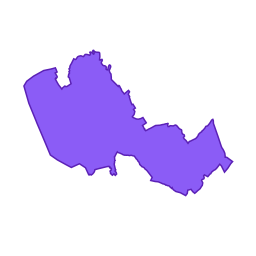 Onicha, Ebonyi, Nigeria, rotated 336°
{"feature_id": "59680162B38335311272259", "entity_name": "Onicha", "entity_type": "district", "adm_level": 2, "iso_a3": "NGA", "parent_name": "Nigeria", "parent_adm1": "Ebonyi", "projection": "natural_earth1", "projection_center": [7.874, 6.105], "detail": "fine", "context": "isolated", "style": "filled", "palette": "violet", "viewbox_px": 256, "rotation_deg": 336, "n_neighbors": 0, "source": "geoboundaries", "source_scale": "gbopen_adm2", "svg_char_len": 5295}
<svg xmlns="http://www.w3.org/2000/svg" viewBox="0 0 256 256"><g transform="rotate(336 128 128)"><path d="M46.1,121.1L50.5,128.4L56.5,136.3L60.2,141.0L69.1,140.9L73.0,147.0L73.1,154.8L73.4,155.0L73.5,154.8L74.2,155.1L74.9,155.6L74.9,155.4L75.0,155.5L75.3,155.7L75.7,155.9L76.2,155.8L76.8,155.7L78.3,155.0L79.0,154.6L80.0,153.7L80.8,152.6L84.2,153.1L93.0,154.7L93.3,154.8L94.6,155.1L94.8,155.3L95.1,155.4L95.4,155.6L95.6,156.0L95.3,156.3L95.1,156.5L95.1,156.8L95.7,156.9L95.9,157.3L95.6,157.5L96.0,158.2L96.2,158.3L96.2,158.6L95.8,158.9L95.4,159.7L94.5,159.9L94.1,160.0L94.0,160.4L93.9,161.2L93.9,162.4L93.6,162.5L94.1,164.0L94.5,164.6L94.6,164.8L96.5,164.1L97.1,166.1L97.4,166.0L98.9,165.4L98.9,165.1L99.0,164.6L99.1,164.2L99.1,163.6L98.7,162.0L99.2,161.7L99.8,161.3L99.6,160.7L100.7,155.3L101.6,154.3L101.9,153.4L102.5,152.7L103.1,152.3L102.9,151.8L103.1,151.1L103.7,149.7L103.8,148.9L104.0,148.7L104.4,148.7L105.8,147.5L107.6,146.1L108.5,145.5L108.6,145.9L108.8,146.2L110.2,147.5L111.7,149.1L112.7,150.5L113.8,151.4L115.2,152.1L116.8,152.8L118.3,153.9L119.7,154.1L121.1,155.3L122.3,156.2L122.8,158.3L122.9,159.4L123.3,160.2L123.6,161.3L123.6,162.2L123.8,162.8L123.9,163.1L124.1,163.5L124.1,164.3L124.1,164.7L124.1,165.0L124.0,165.3L124.0,165.9L123.9,166.2L124.2,166.7L124.3,167.4L124.7,167.9L125.0,169.1L125.5,169.4L125.9,170.0L126.6,170.8L126.8,172.2L127.5,173.5L128.0,174.6L130.0,182.9L127.4,185.2L131.0,187.9L133.8,189.5L136.3,192.2L137.0,193.1L137.9,193.7L138.9,194.7L139.2,195.5L139.9,195.8L140.6,196.7L141.5,197.2L142.2,198.0L142.5,199.2L143.4,201.0L144.0,200.6L144.0,201.6L144.5,203.2L145.9,205.5L149.5,208.4L153.2,213.2L155.5,211.9L156.4,210.5L157.3,209.1L160.7,209.7L161.2,212.4L162.4,214.8L164.2,214.3L166.1,213.6L169.2,212.8L171.5,211.2L172.5,210.7L174.0,208.5L173.9,205.8L174.7,205.2L176.5,205.3L177.3,204.6L177.7,202.4L178.7,201.9L181.1,204.9L184.2,203.4L185.0,203.4L186.5,202.3L189.0,201.6L190.9,201.5L192.9,200.7L197.1,198.4L197.5,199.4L197.9,200.6L198.2,207.6L202.7,205.4L207.3,202.4L209.9,201.2L207.5,197.0L206.5,195.2L205.9,194.7L205.4,194.5L204.9,194.2L205.3,193.3L205.5,192.6L205.7,191.9L206.1,190.7L206.2,189.7L206.2,187.6L206.1,186.4L205.7,183.9L205.8,182.2L206.7,173.1L207.6,162.3L207.9,158.6L209.0,155.8L209.0,154.6L207.6,154.8L205.8,156.1L204.4,157.0L202.1,158.2L201.7,158.4L199.7,158.2L198.3,159.3L196.0,160.4L194.2,160.9L193.8,161.4L192.2,161.6L189.8,162.5L189.1,163.4L187.0,164.6L185.4,165.2L184.1,165.2L181.3,165.3L179.4,165.4L178.6,165.2L176.6,166.4L175.9,163.0L174.9,160.8L174.7,159.5L175.1,159.0L176.2,158.6L176.5,157.7L176.5,157.0L175.5,155.8L175.3,154.8L175.6,153.1L176.0,152.3L176.1,151.4L174.6,149.5L173.4,145.4L172.4,144.5L170.2,144.5L167.4,143.0L166.3,143.4L165.2,143.0L165.3,141.7L166.4,140.2L166.0,139.9L165.3,139.9L165.0,139.8L164.5,139.6L163.3,139.4L162.4,139.3L160.6,138.8L159.7,138.7L158.8,138.5L157.5,138.2L156.7,137.8L155.4,137.4L154.8,137.1L154.0,136.9L153.7,137.0L152.9,137.0L151.7,137.1L150.9,137.2L150.0,137.3L149.5,137.3L148.4,137.4L147.4,137.4L146.1,137.4L145.4,137.6L144.7,137.6L143.9,137.6L143.1,137.7L142.9,137.4L143.0,137.1L142.9,136.8L142.7,136.7L142.7,136.3L142.5,135.9L142.9,135.5L142.5,134.7L142.5,133.1L142.3,131.6L146.4,130.8L146.8,130.7L146.7,129.8L146.4,128.1L145.9,124.5L145.0,124.5L144.2,124.6L143.6,124.6L141.1,124.2L139.5,123.3L138.7,122.5L137.5,121.1L137.1,120.7L136.7,120.1L136.5,119.6L137.3,119.1L138.4,118.5L138.9,118.2L139.3,117.9L141.0,115.6L140.6,113.2L141.8,113.0L142.8,112.8L142.2,108.3L141.2,108.3L141.1,106.9L141.2,105.2L141.4,103.8L141.5,102.7L141.8,100.2L142.3,99.9L141.9,97.5L142.8,96.5L144.1,95.6L143.8,93.9L143.1,94.0L138.4,95.4L138.3,94.7L137.7,92.5L137.4,91.2L137.6,90.2L137.6,89.5L137.4,88.9L137.4,87.6L137.3,86.1L137.0,85.5L136.0,86.1L132.9,77.9L132.7,77.5L132.6,77.1L132.6,76.6L133.4,74.8L133.9,73.2L134.4,71.8L134.0,69.9L134.1,68.9L134.2,67.8L135.0,67.2L137.1,65.1L137.4,63.7L136.8,62.9L136.2,63.0L135.1,64.0L134.2,65.1L133.3,66.5L132.6,66.5L131.9,65.4L132.9,63.5L132.8,62.7L132.5,62.2L131.9,61.6L131.2,61.2L130.5,60.4L130.3,59.2L130.1,58.6L130.0,58.1L130.2,57.5L130.6,56.9L131.5,56.3L132.2,55.5L132.2,55.2L132.1,54.7L131.1,54.6L130.3,54.7L129.7,54.2L131.4,51.2L132.5,48.3L132.6,47.8L132.3,47.1L129.5,45.6L128.4,44.3L128.2,43.1L127.8,42.9L127.2,43.2L127.0,43.4L127.1,43.8L127.7,44.3L127.8,45.0L127.2,46.3L126.7,46.6L126.4,46.4L126.2,45.5L126.0,44.9L125.7,44.3L124.9,43.5L124.2,43.2L123.9,43.4L124.0,44.7L123.1,45.8L122.5,45.9L122.0,45.4L120.3,44.0L119.4,43.6L118.8,43.4L117.3,44.1L117.1,44.2L117.0,44.4L116.6,44.6L116.4,44.6L116.1,44.6L115.2,43.7L114.4,42.9L113.3,42.6L111.9,42.4L110.9,42.5L108.3,44.1L107.6,43.9L106.6,42.7L102.4,46.2L101.6,46.7L100.1,47.9L99.6,48.9L99.2,49.6L98.3,49.8L98.1,50.6L98.1,51.7L97.7,52.3L96.9,52.6L97.0,53.7L96.6,54.4L95.8,54.6L94.2,57.0L94.8,58.3L94.6,59.4L94.0,64.4L89.0,65.3L88.3,64.9L87.8,64.7L87.6,64.4L87.5,64.1L87.3,64.0L87.0,64.0L86.6,64.2L85.4,64.5L84.8,64.7L84.3,64.9L83.4,65.5L82.8,63.0L82.2,60.7L81.9,58.3L81.5,53.6L82.3,53.0L82.7,53.5L83.9,52.8L84.2,52.3L84.2,51.9L84.2,51.6L84.1,51.1L83.9,48.1L84.5,48.1L86.0,48.0L86.0,47.2L85.9,46.9L86.0,46.5L86.1,45.9L86.1,44.8L86.1,43.5L81.6,42.8L77.1,41.8L74.3,41.2L62.9,42.2L54.5,44.1L50.0,47.3L47.5,65.0L46.9,84.4L46.8,86.3L46.6,98.6L46.4,108.5L46.1,121.1Z" fill="#8b5cf6" stroke="#5b21b6" stroke-width="1.5"/></g></svg>